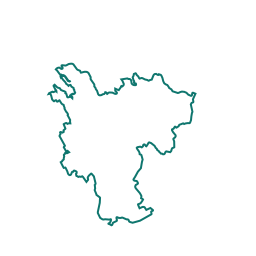 map outline of Rostov (Robinson projection), rotated 61°
{"feature_id": "RUS-2367", "entity_name": "Rostov", "entity_type": "Region", "adm_level": 1, "iso_a3": "RUS", "parent_name": "Russia", "parent_adm1": "", "projection": "robinson", "projection_center": [41.086, 48.087], "detail": "fine", "context": "isolated", "style": "outline", "palette": "teal", "viewbox_px": 256, "rotation_deg": 61, "n_neighbors": 0, "source": "natural_earth", "source_scale": "10m", "svg_char_len": 5807}
<svg xmlns="http://www.w3.org/2000/svg" viewBox="0 0 256 256"><g transform="rotate(61 128 128)"><path d="M89.7,94.1L90.4,93.9L90.8,92.0L91.4,91.2L93.8,89.6L95.3,87.9L96.5,87.2L96.7,86.9L96.7,85.6L97.2,83.8L94.5,80.5L93.9,79.5L93.8,78.4L94.3,77.2L95.9,76.3L96.3,75.8L96.5,75.1L96.1,74.8L97.4,73.6L98.3,73.4L100.8,73.6L104.3,74.5L106.5,74.6L108.2,73.8L109.3,72.9L109.9,72.7L111.8,72.5L112.9,72.6L115.3,71.3L117.5,71.2L121.5,67.5L121.8,66.6L121.9,64.9L122.3,63.2L123.7,61.2L125.5,59.8L128.1,59.1L130.4,57.3L130.6,56.8L130.3,56.2L128.7,54.9L128.5,54.5L128.7,54.0L130.7,52.4L134.4,57.3L136.5,58.0L137.1,58.5L137.0,59.4L136.9,60.2L137.8,61.6L145.1,63.8L145.9,64.8L148.5,66.9L151.7,69.1L153.4,71.1L153.6,71.8L152.5,73.8L151.9,75.5L151.7,77.0L150.8,77.4L150.6,77.9L150.4,79.7L150.1,81.4L150.2,81.8L151.0,82.9L151.2,85.4L150.9,85.7L149.9,85.9L149.6,86.4L150.7,88.5L150.6,90.2L151.3,90.6L153.5,90.6L157.3,89.9L158.2,90.2L159.0,91.3L159.3,93.2L159.6,93.7L162.1,94.1L167.2,96.8L167.3,97.3L167.1,99.1L167.5,99.8L169.1,101.4L169.6,102.8L167.0,105.9L167.1,106.7L168.3,108.5L168.4,109.1L168.0,110.1L167.1,110.5L166.4,111.6L165.2,111.8L164.4,112.2L163.0,112.3L161.4,113.1L160.2,112.9L158.8,113.4L156.5,113.4L152.4,115.1L150.9,116.4L150.8,117.0L152.0,119.0L152.9,120.8L152.6,121.1L150.6,121.4L150.2,121.8L150.1,122.3L150.2,122.8L151.3,123.9L151.6,125.3L151.5,125.5L150.5,126.1L150.2,126.5L149.4,128.9L149.4,129.7L149.6,130.0L151.0,130.1L153.8,129.8L155.1,129.9L156.6,130.5L157.6,129.6L158.2,129.4L162.7,130.5L164.4,132.2L169.4,136.2L171.0,140.5L174.3,145.7L175.3,147.7L175.9,148.3L177.1,148.0L178.6,146.1L179.4,145.9L181.0,146.0L181.4,146.3L181.6,147.1L181.6,148.8L182.5,150.0L183.5,150.4L184.6,150.4L190.8,149.2L193.3,149.2L194.1,149.3L195.8,150.6L197.1,149.7L197.8,149.5L198.5,150.5L199.8,153.2L199.9,154.2L199.6,156.1L199.9,156.4L203.8,156.8L204.1,153.5L204.7,152.4L205.5,151.9L208.5,151.7L208.8,147.2L211.8,146.0L212.3,146.2L212.3,148.0L212.5,148.4L214.4,149.0L214.7,149.2L214.8,149.5L214.9,162.4L213.1,169.9L211.1,171.9L210.3,172.3L208.7,172.1L207.8,172.5L207.3,173.5L203.8,176.2L203.4,176.7L203.2,177.9L202.3,179.5L200.8,180.7L200.6,181.2L201.0,181.7L203.3,182.4L203.8,183.0L203.6,187.0L205.0,188.7L205.1,189.1L205.0,189.7L203.8,190.3L202.4,191.5L202.1,191.4L202.0,189.8L201.5,188.9L200.9,188.0L199.9,187.3L199.5,187.3L199.3,187.6L199.1,188.7L196.8,192.1L196.0,194.1L195.2,194.8L193.1,195.9L187.7,195.6L186.7,195.0L179.8,189.0L175.5,186.3L175.0,186.3L171.2,188.0L170.1,187.7L166.4,187.3L166.1,187.2L164.9,186.0L161.7,184.7L161.6,184.1L160.7,183.2L153.8,181.3L150.5,182.0L150.1,182.2L150.0,182.5L150.7,185.3L151.6,187.0L152.1,187.4L153.4,187.7L154.0,188.1L155.0,190.5L148.9,191.1L148.0,191.5L148.0,192.5L147.7,193.1L147.0,193.8L146.7,195.2L145.7,195.6L145.0,196.3L144.6,196.3L142.9,195.7L142.6,194.9L141.6,194.2L140.9,194.3L139.4,195.4L139.1,195.8L139.1,196.2L139.7,197.1L139.3,198.0L139.5,198.5L141.0,200.3L141.2,201.1L140.9,201.9L140.1,202.4L138.9,202.6L136.5,202.1L132.6,201.9L132.2,202.0L131.8,203.5L131.3,203.6L125.3,203.4L125.2,201.7L124.6,201.1L124.5,200.0L124.2,199.3L123.2,198.8L122.0,197.6L120.5,197.2L120.2,196.8L120.0,195.5L119.3,194.9L119.5,194.5L120.2,194.0L120.5,193.5L120.6,191.3L118.8,191.9L118.6,192.0L118.5,193.2L118.2,193.4L113.7,193.5L113.3,193.0L113.1,192.0L112.9,191.8L101.8,191.8L101.3,191.3L100.5,189.9L98.9,189.5L98.8,189.1L99.1,188.6L100.3,187.5L100.2,186.1L98.8,185.5L98.3,183.2L98.1,183.0L93.9,182.5L93.5,182.4L93.4,181.9L93.6,179.7L94.0,179.3L95.0,179.0L95.2,177.5L96.0,176.2L94.3,175.6L92.9,174.7L87.8,174.6L87.5,174.6L87.1,174.0L86.4,173.8L84.7,173.9L84.0,174.2L80.3,174.2L79.8,173.7L77.5,173.4L77.1,173.2L76.5,173.1L75.5,173.9L74.2,174.3L70.6,174.5L70.5,175.1L70.8,176.2L70.7,177.0L70.4,177.3L69.2,177.3L68.8,177.5L68.6,178.3L68.8,179.6L68.6,179.9L66.3,180.5L62.5,179.5L60.5,179.3L60.2,179.5L59.8,180.9L59.3,180.1L59.6,176.5L60.4,176.0L60.7,174.2L60.6,173.2L61.4,172.9L61.0,172.7L60.0,172.6L59.4,172.9L55.1,172.7L54.8,172.4L54.6,171.2L58.4,170.1L60.1,168.4L62.2,168.2L63.7,167.1L65.0,165.9L66.1,165.2L66.7,165.3L67.2,165.9L68.3,165.4L71.4,166.1L71.9,165.9L72.2,165.4L72.6,163.4L73.2,162.9L75.0,162.3L74.1,161.7L73.3,161.8L71.9,163.3L71.5,162.9L71.4,162.6L71.7,161.6L71.2,161.4L71.1,161.1L71.3,159.6L71.8,159.6L72.0,159.1L72.0,158.0L71.5,157.1L69.3,156.9L68.5,156.5L68.0,156.7L66.6,156.2L64.4,157.4L62.5,157.4L62.1,158.5L62.3,159.6L60.8,159.9L59.7,160.6L57.6,160.6L54.0,161.5L51.4,161.6L51.8,162.0L51.8,162.3L50.3,162.1L49.7,161.8L49.2,161.3L49.7,161.1L50.1,160.3L50.8,159.9L51.6,158.6L52.5,158.2L57.7,157.7L59.0,156.6L59.0,156.2L58.7,156.2L57.9,157.2L52.6,157.8L51.4,158.2L50.4,158.9L49.9,159.9L48.8,160.6L48.4,161.4L47.8,161.6L43.2,162.2L41.8,162.7L41.4,161.7L41.3,160.6L41.5,159.6L42.0,158.7L43.8,157.8L44.2,157.3L44.3,156.6L44.0,156.2L43.6,156.0L41.5,156.1L41.1,155.7L41.2,155.1L41.6,154.5L43.1,152.4L43.3,151.4L43.3,148.9L43.7,147.7L44.2,146.5L45.0,145.4L45.9,144.9L51.8,144.2L52.6,143.9L54.7,142.2L56.7,142.4L57.0,141.8L57.3,140.4L57.8,138.7L58.5,137.4L59.5,136.4L60.8,135.9L65.4,136.0L66.9,136.9L67.5,137.0L73.3,136.4L73.9,136.5L75.3,137.3L77.2,137.0L78.6,137.3L80.3,137.0L84.0,137.7L85.0,137.5L85.7,136.9L86.1,136.0L86.4,135.0L86.2,134.0L86.7,132.4L86.3,131.2L85.7,130.5L86.3,129.9L88.1,129.7L88.1,129.4L87.7,128.3L87.8,127.4L88.1,126.7L89.5,124.5L91.9,122.7L92.3,122.0L92.4,121.3L92.0,120.7L91.4,120.6L89.3,121.1L87.4,120.1L89.3,118.7L90.4,117.7L88.8,114.4L88.2,113.9L88.2,113.3L88.8,113.2L88.9,112.9L88.5,111.3L88.0,110.7L87.3,110.3L83.9,110.0L82.3,110.2L84.3,104.6L84.6,104.3L85.3,104.0L85.9,102.9L86.5,102.4L87.7,102.1L90.8,103.2L92.0,103.0L93.2,102.2L94.1,100.9L94.2,100.2L93.6,99.7L92.9,99.6L91.9,100.5L91.3,100.8L90.1,99.9L88.8,100.0L85.9,99.3L85.0,97.8L83.6,96.7L83.8,94.9L84.3,94.6L85.7,94.7L88.0,94.0L89.7,94.1Z" fill="none" stroke="#0f766e" stroke-width="2"/></g></svg>